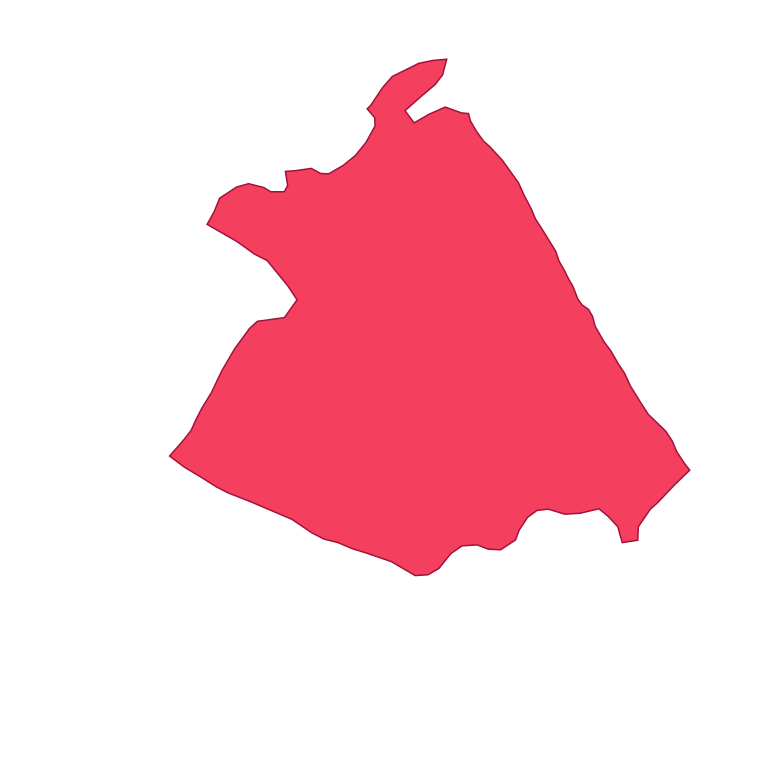 Charkeia, Cyprus, rotated 150°
{"feature_id": "46923920B54371485006502", "entity_name": "Charkeia", "entity_type": "district", "adm_level": 2, "iso_a3": "CYP", "parent_name": "Cyprus", "parent_adm1": "", "projection": "equal_earth", "projection_center": [33.53, 35.309], "detail": "fine", "context": "isolated", "style": "filled", "palette": "rose", "viewbox_px": 768, "rotation_deg": 150, "n_neighbors": 0, "source": "geoboundaries", "source_scale": "gbopen_adm2", "svg_char_len": 1671}
<svg xmlns="http://www.w3.org/2000/svg" viewBox="0 0 768 768"><g transform="rotate(150 384 384)"><path d="M261.0,630.7L258.9,619.2L262.8,611.9L278.9,602.2L294.6,596.2L310.2,593.7L326.9,593.7L333.6,598.0L339.2,607.1L354.2,613.1L363.1,617.4L368.2,604.0L374.3,600.4L386.0,607.1L389.9,614.3L401.1,625.2L413.3,628.3L433.4,627.1L445.1,618.0L457.4,610.7L440.3,581.2L430.9,560.7L423.5,549.4L418.3,517.5L417.2,500.4L437.1,491.3L462.3,501.6L472.8,499.3L495.8,489.1L517.8,476.6L537.7,462.9L554.4,453.8L564.9,447.0L574.3,440.2L585.8,435.6L605.7,428.8L598.4,411.7L589.0,394.7L580.6,378.7L573.3,367.4L559.6,350.3L540.8,325.3L531.4,312.8L520.9,291.2L513.6,279.8L503.1,269.6L493.7,257.1L484.2,246.9L466.4,226.4L452.8,202.5L441.3,196.8L428.7,196.8L410.9,203.7L397.3,204.8L383.7,198.0L376.4,188.9L365.9,182.1L348.1,183.2L339.8,190.0L326.1,196.8L314.6,198.0L304.2,193.4L292.6,180.9L279.0,174.1L260.2,168.4L256.0,157.1L252.9,143.4L257.0,127.5L252.8,125.9L242.4,121.8L235.1,133.2L216.2,142.3L205.7,144.6L194.2,148.0L182.7,151.4L162.3,156.5L163.6,165.9L164.3,179.0L162.9,190.7L163.6,202.3L166.3,211.7L170.3,225.6L171.0,239.4L171.6,259.0L170.3,272.9L171.0,284.5L171.0,299.1L172.3,310.7L172.3,328.2L169.6,338.4L169.6,346.4L173.0,353.6L173.6,360.9L171.6,374.0L171.6,382.8L171.0,392.2L171.0,402.4L168.9,413.3L169.6,437.3L170.3,451.2L168.9,462.1L168.3,477.4L166.9,491.2L168.3,505.0L169.6,518.1L173.6,536.3L176.3,544.4L177.6,556.7L177.6,568.4L175.6,576.0L181.2,579.9L192.5,593.2L209.9,595.1L227.4,595.1L229.1,610.2L210.8,614.0L189.9,617.8L178.6,622.5L167.3,633.9L179.5,639.6L193.4,644.3L223.0,646.2L237.0,641.4L256.1,632.0L261.0,630.7Z" fill="#f43f5e" stroke="#9f1239" stroke-width="1.5"/></g></svg>